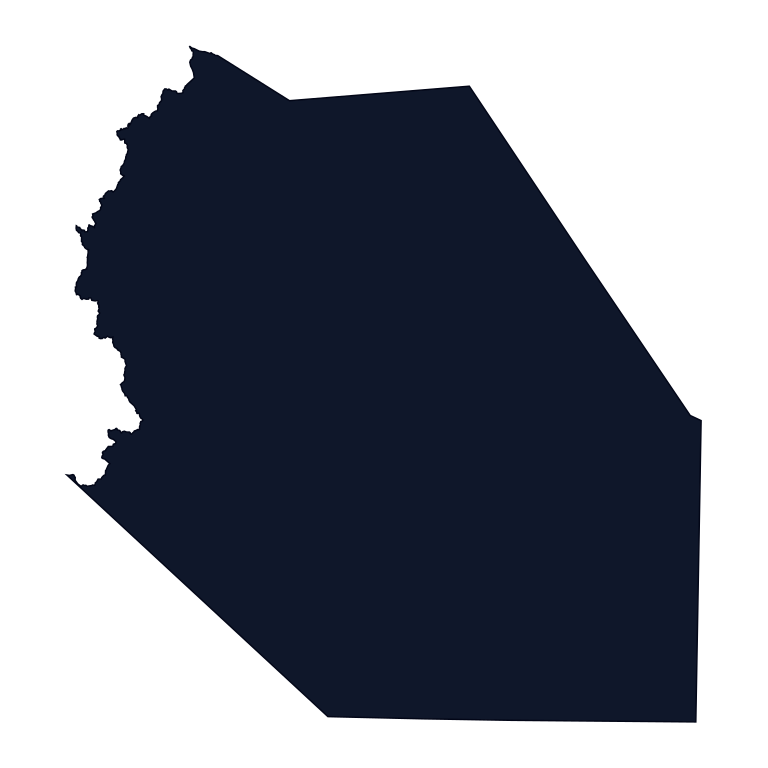 the district of Río Chico, Santa Cruz, Argentina
{"feature_id": "61730980B6428657658770", "entity_name": "Río Chico", "entity_type": "district", "adm_level": 2, "iso_a3": "ARG", "parent_name": "Argentina", "parent_adm1": "Santa Cruz", "projection": "mercator", "projection_center": [-72.329, -48.204], "detail": "fine", "context": "isolated", "style": "filled", "palette": "ink", "viewbox_px": 768, "rotation_deg": 0, "n_neighbors": 0, "source": "geoboundaries", "source_scale": "gbopen_adm2", "svg_char_len": 5901}
<svg xmlns="http://www.w3.org/2000/svg" viewBox="0 0 768 768"><path d="M217.7,55.6L215.0,55.4L214.5,54.7L212.6,54.0L211.2,52.8L210.9,52.9L211.2,53.5L210.1,53.6L204.8,51.7L202.6,51.7L199.1,51.1L194.3,48.7L191.8,48.0L189.4,46.1L190.5,48.4L191.4,49.3L191.8,50.8L193.0,51.1L193.3,52.4L193.1,55.2L193.4,56.3L192.4,57.3L192.3,58.3L191.9,59.0L190.6,60.0L189.8,62.2L190.7,66.2L192.1,68.8L193.5,72.6L194.3,77.9L187.0,84.6L186.4,85.6L185.4,86.0L185.0,87.3L184.6,87.7L184.4,89.2L183.6,89.7L182.9,90.6L183.1,92.6L181.4,93.3L177.8,93.5L177.1,93.3L176.8,92.8L176.5,91.8L175.5,91.0L172.0,91.0L168.9,89.1L167.9,89.9L166.4,89.0L164.8,88.9L163.2,90.9L163.0,91.7L162.9,93.7L162.1,94.5L161.1,96.6L161.6,98.9L161.5,100.6L159.6,102.6L159.3,103.5L159.4,104.2L159.0,104.7L157.6,105.5L157.6,107.5L157.9,108.5L157.4,110.8L155.4,111.2L153.1,112.6L151.5,114.1L151.1,115.2L151.6,115.8L151.1,116.0L150.6,116.8L149.6,117.2L149.3,118.3L146.7,116.4L143.6,115.1L143.5,114.8L143.8,113.9L143.3,113.7L141.7,113.8L139.7,115.2L138.8,114.7L137.8,116.2L137.8,117.6L136.9,117.7L136.1,117.3L133.5,118.1L132.2,119.9L130.8,123.2L130.4,123.6L129.2,123.4L128.2,124.3L128.0,125.2L128.5,124.8L129.7,125.0L128.7,126.1L127.8,128.0L127.1,128.3L126.2,127.8L124.9,128.9L124.1,128.4L122.9,129.5L122.1,129.5L121.1,128.7L120.5,129.2L120.6,130.3L118.9,130.9L117.4,130.9L117.1,131.3L116.8,131.7L117.3,133.2L117.1,134.2L117.4,135.4L119.2,137.1L119.2,137.6L120.0,138.6L120.3,139.8L120.9,140.0L121.4,139.6L121.9,139.9L123.1,139.2L124.6,139.2L124.8,143.0L126.5,143.5L126.9,144.1L126.9,144.6L127.5,145.2L127.2,147.1L127.4,148.0L128.3,149.7L127.8,151.1L127.3,153.8L126.6,154.3L126.3,155.0L126.3,156.1L125.8,156.8L125.7,158.5L125.3,159.8L124.5,161.1L124.2,163.2L122.6,165.6L121.3,166.5L121.0,168.1L120.3,169.5L120.2,170.2L120.8,172.0L120.7,173.8L122.6,175.3L124.1,175.5L124.3,175.9L123.6,176.3L123.1,177.5L120.6,179.6L120.2,180.9L118.4,182.6L118.6,183.5L117.8,184.5L116.4,188.7L114.4,191.0L113.0,192.0L111.7,190.7L109.6,191.1L108.5,190.9L105.4,193.5L105.5,194.0L105.0,194.8L103.4,196.3L104.4,198.2L104.3,198.4L104.0,198.6L102.3,198.1L101.3,198.7L100.8,198.5L99.3,199.5L99.6,200.1L99.7,201.3L100.6,202.0L100.8,203.2L101.8,205.0L101.4,206.6L100.6,207.4L100.7,208.7L100.0,210.4L97.6,211.6L95.9,212.9L92.6,214.0L92.9,215.5L92.7,216.4L92.2,216.8L92.2,217.4L92.5,218.0L93.2,218.6L93.4,219.6L94.5,220.9L95.1,222.3L96.0,223.4L95.5,223.9L95.4,224.9L94.5,225.5L94.4,226.2L94.6,227.0L94.4,227.6L91.8,226.0L90.8,225.9L89.1,224.9L88.9,225.1L88.7,227.1L88.0,227.7L87.8,228.3L88.0,229.4L87.5,231.7L85.0,231.9L84.5,231.1L84.5,230.4L82.7,230.0L82.0,230.8L81.0,229.3L80.2,228.6L79.7,227.5L77.0,227.0L76.7,225.9L76.3,225.7L76.1,228.2L76.5,230.3L77.9,231.4L78.6,232.6L80.3,233.0L80.9,234.6L80.5,235.3L80.7,236.1L81.3,236.3L81.6,237.1L81.5,241.4L81.9,242.0L82.5,242.2L82.7,242.8L82.7,243.3L82.3,243.9L82.4,244.6L84.0,246.0L84.6,246.9L84.7,247.5L85.9,248.6L88.1,249.9L88.2,249.5L88.7,249.8L88.1,250.8L88.2,252.3L87.6,256.6L87.2,257.3L87.7,258.0L87.4,258.9L87.5,259.7L87.3,262.7L87.5,265.1L87.1,267.2L86.6,268.2L86.7,269.2L85.8,269.1L85.2,269.6L83.1,269.9L82.0,270.6L82.0,271.8L81.3,272.8L81.6,274.2L80.5,276.3L79.7,276.6L79.0,277.4L78.1,279.2L78.0,280.3L76.5,282.6L76.3,284.4L76.5,286.8L75.4,287.1L75.6,288.4L75.2,290.6L75.4,291.6L76.0,292.4L76.5,294.6L76.8,294.7L77.5,294.2L79.2,295.0L80.4,296.2L80.2,296.5L80.2,297.0L80.7,298.3L82.0,299.4L83.2,298.5L84.6,298.6L86.2,299.2L88.6,299.1L88.8,298.9L88.9,297.9L90.6,297.8L91.1,298.3L91.8,300.3L95.2,300.9L96.8,300.6L97.8,300.9L98.1,301.4L98.5,302.2L97.6,302.9L98.2,304.5L98.9,305.3L98.7,307.2L99.3,308.0L98.2,311.1L98.9,312.1L99.6,312.6L99.7,313.3L99.2,314.0L99.1,314.7L97.8,315.5L97.5,316.1L97.4,317.3L97.7,318.6L97.0,321.3L97.1,322.9L96.9,324.0L97.6,325.4L97.5,326.3L96.2,328.1L94.8,328.8L94.7,329.7L95.1,330.7L95.1,331.9L94.5,332.8L94.1,334.0L97.3,336.3L99.0,336.5L99.1,338.1L100.3,338.6L102.2,338.5L102.7,337.9L103.8,337.5L104.4,337.5L105.1,338.1L107.5,336.2L109.2,337.3L110.7,337.7L112.8,337.1L112.5,338.7L113.0,340.2L112.7,342.4L113.6,344.3L114.0,346.3L115.0,347.5L116.7,348.4L117.8,350.0L120.2,351.3L121.1,353.0L121.0,354.1L121.4,355.6L121.4,357.1L123.6,358.2L125.0,359.3L125.2,359.9L125.0,361.1L125.5,362.8L126.5,365.6L126.5,366.0L125.4,367.3L125.3,368.1L124.9,368.9L125.2,369.9L124.7,371.9L124.6,373.6L123.9,374.9L125.0,377.6L124.7,379.9L124.1,381.6L122.4,382.7L120.5,384.7L121.0,385.1L121.5,387.2L122.0,387.9L121.9,388.9L122.6,390.9L124.7,393.6L125.2,395.8L126.5,395.6L127.3,396.5L127.6,397.6L128.5,398.2L129.1,400.5L130.1,402.2L134.1,405.7L136.2,409.3L136.4,410.0L135.7,410.7L136.7,412.0L137.0,413.4L137.4,413.5L138.5,413.1L139.3,413.6L139.7,416.0L140.6,417.9L142.3,419.0L142.8,420.1L142.7,420.5L142.3,421.0L140.8,421.6L140.5,422.7L140.1,423.2L140.3,423.7L140.3,424.8L139.6,426.4L139.5,429.4L138.9,429.7L137.8,429.5L134.9,431.0L134.4,430.9L133.8,431.9L131.3,434.2L130.5,433.8L130.1,432.6L129.5,432.1L126.7,432.1L124.3,431.2L122.6,431.7L121.7,432.9L121.3,432.9L119.7,430.5L117.4,429.9L116.9,428.6L116.6,428.4L115.9,428.5L115.0,429.5L111.3,430.7L110.7,430.7L109.1,429.6L108.3,430.0L108.1,430.4L108.1,432.1L108.5,433.1L108.4,435.4L109.1,437.2L109.6,437.8L110.1,437.9L111.2,438.7L113.3,439.3L115.6,441.3L116.0,441.9L115.6,443.5L113.4,444.2L112.8,446.4L108.3,446.5L105.8,449.8L105.6,450.6L103.4,451.3L102.5,452.3L102.5,453.1L103.2,454.3L102.2,456.0L101.8,457.3L101.9,457.9L103.0,458.6L104.7,459.0L109.9,463.7L108.2,465.3L106.0,470.3L105.6,470.6L105.4,474.9L104.2,475.2L103.4,475.8L101.8,477.5L101.5,478.4L100.8,479.2L98.1,479.1L96.6,481.9L95.3,482.9L95.3,483.8L94.6,485.4L92.7,485.0L91.5,485.6L87.0,486.3L85.9,485.3L84.4,485.5L83.1,484.9L81.9,485.7L81.0,486.9L80.7,486.1L77.7,483.8L75.1,480.2L75.2,477.3L74.5,476.6L74.0,475.2L72.9,474.6L69.4,475.4L66.9,475.0L327.9,716.6L423.4,718.8L511.5,720.3L695.8,721.9L701.1,420.6L690.2,415.5L585.6,260.7L469.3,86.2L289.5,100.7L217.7,55.6Z" fill="#0f172a" stroke="#020617" stroke-width="1.5"/></svg>